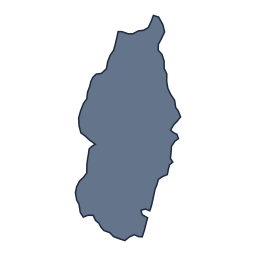 the district of Consolação, Minas Gerais, Brazil
{"feature_id": "56859067B37283481233157", "entity_name": "Consolação", "entity_type": "district", "adm_level": 2, "iso_a3": "BRA", "parent_name": "Brazil", "parent_adm1": "Minas Gerais", "projection": "equal_earth", "projection_center": [-45.914, -22.533], "detail": "fine", "context": "isolated", "style": "filled", "palette": "slate", "viewbox_px": 256, "rotation_deg": 0, "n_neighbors": 0, "source": "geoboundaries", "source_scale": "gbopen_adm2", "svg_char_len": 1323}
<svg xmlns="http://www.w3.org/2000/svg" viewBox="0 0 256 256"><path d="M118.1,31.6L117.0,36.9L115.3,44.2L113.6,50.3L110.1,55.5L107.7,61.6L106.4,68.8L101.4,73.4L96.2,74.1L92.9,77.3L90.8,81.7L89.7,86.5L87.6,92.0L86.8,98.8L83.5,103.5L80.7,110.5L78.6,118.1L79.1,126.1L80.9,132.9L85.2,136.0L89.7,140.2L95.3,144.2L91.9,146.3L89.1,149.0L88.5,153.8L87.5,159.6L86.9,164.6L86.7,173.1L83.2,177.6L79.4,181.2L76.7,186.7L75.4,192.5L76.7,200.0L79.0,204.3L80.3,212.5L83.3,217.1L87.8,215.3L93.2,215.3L95.5,220.4L98.9,223.3L101.1,227.4L103.9,230.5L109.7,232.6L113.7,236.7L119.8,238.9L124.9,240.6L129.4,236.9L134.5,234.7L138.4,236.6L142.2,236.9L144.4,230.2L146.2,222.9L147.6,217.8L142.1,214.6L141.0,210.3L145.5,209.0L149.8,210.8L151.5,205.6L152.8,199.8L153.8,195.0L155.0,189.3L156.9,184.7L158.4,179.4L162.5,176.6L167.3,174.6L168.4,169.1L169.5,164.8L172.8,162.1L170.4,158.3L171.0,152.8L171.5,146.2L174.9,141.2L178.4,138.6L177.0,134.4L173.6,132.7L170.6,130.1L173.6,124.9L177.2,121.1L180.6,116.9L178.2,111.0L175.7,107.5L174.6,100.3L170.6,94.3L167.8,88.2L166.7,81.4L166.8,73.9L164.2,68.6L164.1,61.1L162.0,54.5L158.2,50.2L158.4,44.4L161.4,38.7L164.6,31.9L162.8,24.6L158.7,17.1L153.4,15.4L151.3,21.1L148.3,27.6L143.4,30.3L138.4,30.9L133.0,33.7L128.4,33.9L125.1,32.7L121.7,31.6L118.1,31.6Z" fill="#64748b" stroke="#1e293b" stroke-width="1.5"/></svg>